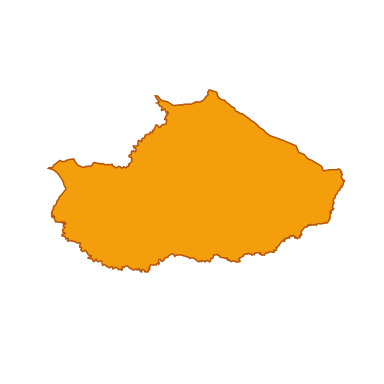 El Copey, Cesar, Colombia (Mercator projection), rotated 230°
{"feature_id": "7082276B6565875231933", "entity_name": "El Copey", "entity_type": "district", "adm_level": 2, "iso_a3": "COL", "parent_name": "Colombia", "parent_adm1": "Cesar", "projection": "mercator", "projection_center": [-73.955, 10.203], "detail": "fine", "context": "isolated", "style": "filled", "palette": "amber", "viewbox_px": 384, "rotation_deg": 230, "n_neighbors": 0, "source": "geoboundaries", "source_scale": "gbopen_adm2", "svg_char_len": 5940}
<svg xmlns="http://www.w3.org/2000/svg" viewBox="0 0 384 384"><g transform="rotate(230 192 192)"><path d="M88.1,289.4L88.4,290.0L89.5,289.6L90.5,290.0L91.5,292.1L92.4,292.4L92.1,293.3L92.5,293.8L94.4,294.6L95.8,295.9L95.5,297.6L97.5,300.3L97.3,301.8L98.9,304.6L98.5,306.0L100.1,309.6L99.5,310.2L100.5,310.6L100.3,312.2L101.9,314.2L102.5,316.0L103.2,315.9L103.9,314.9L104.7,315.6L105.9,315.6L108.3,316.6L108.8,318.5L111.4,318.5L111.3,319.5L113.9,319.8L115.3,319.3L116.2,317.1L120.3,312.2L123.6,306.5L124.6,306.4L128.4,307.8L139.5,304.0L142.1,302.5L143.7,302.0L148.6,302.0L153.8,299.2L160.5,301.4L173.8,294.5L185.3,287.8L187.7,287.4L189.1,286.7L193.4,286.7L199.0,284.9L201.2,285.1L206.3,284.2L208.7,283.2L210.7,283.0L219.2,280.9L221.2,279.4L224.0,278.5L225.2,277.7L226.8,277.6L229.1,278.5L232.4,277.0L234.9,276.9L238.6,275.9L241.6,275.9L242.6,274.7L246.4,272.9L246.9,273.4L249.6,273.3L249.8,273.8L251.8,274.9L253.0,274.8L259.2,270.9L258.4,268.3L255.9,266.4L256.1,264.1L255.0,260.3L255.7,256.0L258.7,252.8L258.6,251.5L259.4,250.1L259.6,248.1L264.4,242.3L264.7,240.2L265.8,239.8L270.2,233.3L276.9,231.2L281.2,227.8L283.5,227.3L287.7,227.3L289.3,225.8L287.8,225.2L281.9,224.8L282.8,222.4L281.9,223.1L278.6,222.5L277.2,223.4L276.4,223.5L275.5,222.9L274.8,221.4L274.2,221.1L273.7,221.3L273.0,224.6L271.5,223.9L270.2,223.8L269.3,223.1L268.9,223.7L269.2,224.8L268.4,225.0L267.6,224.4L267.5,221.7L266.6,221.7L266.6,220.5L265.4,217.8L264.9,217.7L264.0,219.0L263.4,218.9L260.9,215.8L261.9,213.5L262.6,212.9L262.6,210.7L262.0,209.7L262.5,208.5L264.6,208.5L266.5,207.7L264.3,203.2L264.0,202.0L264.5,201.2L262.9,200.0L263.3,199.3L264.7,198.4L263.9,197.0L265.7,192.9L264.7,191.2L263.9,190.6L265.1,188.0L263.5,186.5L263.1,185.5L265.7,184.6L265.8,183.7L263.5,181.3L262.4,181.0L263.2,178.6L264.9,176.5L262.7,176.0L261.7,177.1L260.2,176.2L259.1,174.8L259.5,174.0L261.3,173.9L261.4,172.5L262.1,172.0L261.6,171.2L259.8,169.9L260.5,168.4L260.4,167.1L259.2,166.4L257.8,168.0L257.2,167.3L255.9,167.4L255.7,166.5L254.3,165.8L253.7,162.1L254.2,161.5L252.6,160.7L252.5,159.7L253.4,158.6L252.8,157.7L253.5,156.4L255.3,156.0L255.1,154.8L255.5,153.3L256.8,153.5L258.9,152.3L258.8,149.9L262.4,148.1L264.6,148.7L265.7,146.6L267.8,144.5L268.2,142.9L270.1,142.6L272.0,140.8L272.8,139.1L274.1,139.0L274.5,138.1L277.2,136.4L277.8,135.4L276.5,131.7L278.9,128.6L278.9,127.6L280.0,127.1L280.3,124.8L285.4,121.9L290.1,121.9L293.3,122.7L295.2,119.9L297.1,116.0L297.1,114.6L298.1,112.6L301.2,110.9L301.2,104.7L301.6,103.7L300.5,101.2L301.0,99.8L302.4,98.4L302.5,97.2L297.7,100.3L292.1,101.2L283.7,100.3L278.9,98.2L275.8,97.8L275.1,96.9L273.9,91.4L273.4,86.9L272.0,85.1L272.2,83.4L270.0,80.1L269.6,78.2L270.1,76.8L268.6,75.6L266.3,70.8L265.5,71.1L264.5,69.7L263.6,70.5L263.3,68.8L262.9,68.6L262.1,68.9L262.4,70.4L261.7,70.8L259.9,69.1L257.9,69.2L257.0,68.2L254.5,70.5L253.9,71.8L252.5,72.2L252.6,73.5L251.6,73.6L250.7,75.2L249.6,75.4L248.8,74.9L248.7,74.1L250.6,73.5L250.7,73.1L249.3,72.5L248.3,71.2L247.6,71.9L246.5,71.8L246.4,68.7L244.1,67.2L242.4,68.3L241.9,68.2L242.9,65.1L242.0,64.2L239.6,66.0L238.3,65.8L237.2,65.1L236.2,67.3L235.2,66.7L234.8,65.4L234.1,65.3L233.9,66.5L230.6,69.4L228.8,70.8L227.1,71.0L226.0,71.9L225.3,73.6L224.3,73.4L222.5,70.7L221.7,70.6L221.4,71.4L220.4,71.5L219.7,71.0L219.4,69.9L218.5,69.4L216.7,70.0L216.0,71.4L215.9,72.7L215.4,73.0L210.5,72.2L207.9,73.8L207.5,73.2L208.5,70.4L208.3,69.9L206.5,71.0L205.5,72.4L202.0,71.9L201.5,73.0L202.2,74.1L202.1,75.4L199.5,74.9L198.7,75.6L197.9,77.7L197.0,78.2L193.4,76.4L192.8,77.8L191.6,78.9L189.8,78.7L188.3,79.8L187.1,79.8L186.7,82.5L186.2,82.9L184.1,81.9L183.4,83.7L183.5,84.8L182.2,86.0L179.8,85.8L178.9,87.4L177.2,87.8L177.3,88.6L179.4,90.2L178.0,91.2L178.0,93.2L177.2,94.6L176.2,95.2L173.0,95.4L172.0,96.5L171.0,96.3L170.3,96.7L169.5,97.4L168.9,99.8L167.2,100.0L167.6,102.2L165.1,101.5L163.4,101.7L163.1,102.3L164.7,103.0L164.3,104.6L162.2,105.3L161.2,104.6L159.1,106.7L160.1,108.3L159.8,109.7L161.5,110.0L161.1,111.1L162.5,112.3L162.9,113.3L159.1,117.5L159.8,119.4L158.0,120.0L158.6,121.2L161.4,122.4L161.5,123.2L161.1,124.4L159.2,124.0L158.1,124.5L157.8,126.3L158.9,129.1L157.5,131.4L158.2,133.3L157.7,136.5L156.7,137.9L153.7,137.4L153.7,139.2L151.4,142.7L144.1,147.5L142.6,147.5L142.3,148.8L140.2,150.9L134.5,152.0L134.0,152.8L134.0,153.9L132.7,154.5L133.1,155.4L129.9,157.4L130.4,158.5L129.9,159.5L127.0,160.7L127.5,162.1L128.7,163.8L128.0,165.2L128.9,167.0L129.7,167.7L128.2,171.0L126.7,171.0L125.9,172.1L123.8,171.6L121.5,173.8L120.3,174.3L119.1,176.5L118.4,176.4L117.9,175.5L116.8,175.6L116.4,176.8L115.2,176.5L113.2,177.6L113.1,178.9L111.8,180.2L110.6,180.5L110.4,181.5L109.1,181.4L107.9,184.1L108.6,184.7L110.3,184.6L111.0,185.8L110.2,187.4L110.3,189.4L109.8,190.1L110.7,191.3L110.2,192.3L110.2,193.3L108.9,194.3L108.9,195.8L107.8,195.9L107.3,196.9L105.0,197.4L105.0,198.5L104.0,199.3L104.7,200.7L104.0,202.4L102.3,204.3L101.3,204.0L101.2,205.3L100.1,204.5L98.5,205.1L98.0,206.2L97.1,206.8L97.9,209.3L96.5,210.8L96.8,211.9L96.3,212.7L95.2,214.3L93.3,215.6L93.2,216.3L93.4,216.8L94.7,217.3L93.7,217.8L93.4,219.4L94.5,220.5L95.3,220.6L94.9,221.4L95.2,224.4L96.4,227.8L96.1,230.4L94.8,231.1L95.0,231.6L96.6,232.2L95.8,233.1L96.2,234.6L95.0,235.4L95.2,236.8L94.0,237.2L95.2,238.1L95.1,239.9L93.9,239.9L94.0,240.5L93.3,241.0L93.1,242.1L91.9,242.1L90.9,241.3L90.2,241.6L90.2,242.5L88.6,242.6L88.5,244.2L87.8,245.5L88.0,246.0L88.8,245.7L89.6,246.6L89.4,247.5L88.8,247.7L89.0,248.9L90.1,249.0L91.6,250.2L92.5,255.2L92.1,256.7L91.3,257.4L91.8,258.7L91.5,259.3L92.3,259.7L91.3,260.7L90.7,260.7L91.0,261.8L89.8,262.2L90.1,262.9L88.5,263.7L87.7,265.6L86.6,265.9L87.2,266.8L86.8,268.0L84.5,270.6L82.6,274.1L82.7,274.7L81.8,274.9L81.5,275.7L81.7,277.7L82.6,279.0L82.4,279.6L83.0,279.8L83.3,281.0L84.3,281.3L84.4,282.1L85.8,282.9L86.3,284.1L86.8,284.2L86.2,284.8L86.9,285.5L88.1,285.1L88.3,286.1L87.9,287.1L88.3,287.8L87.7,288.2L88.3,288.8L88.1,289.4Z" fill="#f59e0b" stroke="#b45309" stroke-width="1.5"/></g></svg>